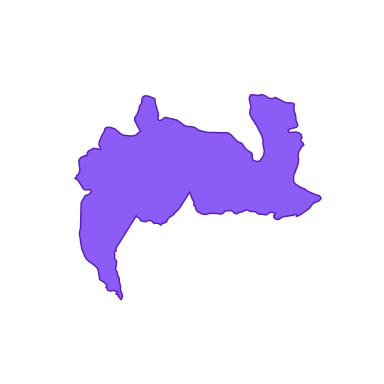 outline of Ucayali, rotated 122°
{"feature_id": "PER-583", "entity_name": "Ucayali", "entity_type": "Department", "adm_level": 1, "iso_a3": "PER", "parent_name": "Peru", "parent_adm1": "", "projection": "natural_earth1", "projection_center": [-73.422, -9.375], "detail": "fine", "context": "isolated", "style": "filled", "palette": "violet", "viewbox_px": 384, "rotation_deg": 122, "n_neighbors": 0, "source": "natural_earth", "source_scale": "10m", "svg_char_len": 6059}
<svg xmlns="http://www.w3.org/2000/svg" viewBox="0 0 384 384"><g transform="rotate(122 192 192)"><path d="M157.3,90.6L155.7,91.4L156.1,92.4L158.0,93.7L164.2,101.1L165.5,102.2L167.0,102.9L168.7,103.5L170.1,104.9L170.6,107.0L170.1,109.1L168.5,110.2L167.0,109.6L166.2,109.6L166.2,110.6L166.7,113.2L167.0,114.0L168.4,115.2L170.4,116.1L172.2,117.2L173.0,119.0L173.3,120.2L174.9,122.7L175.4,124.0L175.4,125.0L175.2,127.1L175.3,128.1L175.9,129.4L177.3,131.5L177.7,132.9L177.9,135.2L178.3,136.2L178.9,136.9L182.7,139.3L183.2,139.8L184.0,141.0L184.4,141.5L184.9,141.7L185.9,141.8L186.3,142.0L187.0,142.8L187.3,143.8L187.4,144.9L186.9,147.4L186.9,148.4L187.2,149.3L189.3,152.3L190.1,153.3L191.1,153.9L193.8,154.6L194.7,155.1L195.6,156.1L196.1,157.1L196.9,159.4L200.6,165.6L201.3,166.2L203.0,167.6L203.6,168.3L204.9,170.6L205.2,171.5L205.7,176.1L205.5,177.7L205.1,178.8L204.6,179.5L202.5,181.4L202.5,183.0L202.2,183.6L201.5,184.0L200.1,184.4L199.5,184.8L199.0,185.7L198.2,187.4L197.1,189.1L194.7,192.0L193.6,193.9L212.6,194.0L218.4,195.3L219.0,195.8L219.3,195.9L220.0,195.5L221.0,195.7L222.9,196.4L224.8,197.5L225.7,197.8L227.8,198.1L230.7,197.9L231.7,198.1L232.6,198.7L233.9,200.0L234.7,200.7L236.2,200.6L236.5,201.1L236.5,203.2L236.6,204.4L237.1,205.3L238.4,207.1L238.7,208.0L238.5,209.1L237.9,211.2L238.5,213.2L241.8,215.6L242.8,217.8L243.3,219.6L243.4,220.1L243.3,220.8L242.6,221.8L242.3,222.4L242.3,225.5L241.7,226.6L279.7,226.7L280.6,226.4L281.0,226.0L281.5,225.3L282.2,225.2L282.7,225.4L283.4,226.0L284.0,225.9L285.0,225.4L286.6,223.9L288.9,223.0L289.5,221.9L290.0,220.7L290.6,219.5L291.4,218.8L294.5,217.2L297.5,216.3L298.3,215.5L298.7,214.9L299.3,213.5L299.7,212.8L302.0,210.9L303.3,208.7L304.1,207.7L306.5,206.2L307.4,205.3L309.2,203.2L310.2,202.4L313.3,200.4L314.2,199.4L315.8,197.0L316.8,196.0L317.7,195.5L318.7,195.3L320.7,195.1L320.7,195.8L320.2,196.9L320.0,197.8L319.8,198.5L318.9,198.9L319.2,199.7L318.6,199.9L318.2,200.4L318.2,201.1L318.8,202.4L318.3,202.6L317.5,202.3L316.0,202.5L316.4,203.5L316.8,205.3L317.1,206.3L317.6,207.1L319.0,208.4L319.5,209.2L319.8,210.3L319.8,211.3L319.4,212.3L318.7,213.5L318.5,214.2L318.3,214.5L318.1,214.5L317.6,214.2L317.3,214.2L316.4,214.9L316.0,215.4L315.7,216.0L315.3,218.2L315.2,223.9L309.0,229.2L307.5,230.8L306.8,231.9L305.9,235.6L305.4,243.2L305.0,245.0L304.4,246.8L302.9,249.4L298.4,255.6L297.2,256.6L296.4,257.2L293.5,260.0L291.1,261.7L288.4,264.3L286.5,265.6L285.6,266.1L281.5,267.5L260.6,279.9L259.0,280.4L252.4,280.7L251.3,280.4L250.9,280.1L248.9,278.4L248.1,278.0L247.1,277.7L245.4,277.6L244.5,278.0L244.1,278.5L244.1,279.7L246.6,283.4L247.0,284.3L247.0,285.0L246.8,285.9L243.4,293.0L242.8,294.4L242.5,295.5L242.4,297.2L242.4,298.5L241.6,298.1L240.5,298.0L239.3,298.4L238.8,298.5L237.4,297.5L237.0,297.4L236.6,297.6L233.3,298.6L231.6,299.5L228.5,302.3L227.4,302.9L225.8,304.3L225.3,304.6L223.7,304.8L221.6,304.4L221.0,304.1L220.5,303.8L219.4,302.9L219.0,302.6L218.5,302.6L218.1,302.4L217.4,300.8L217.0,300.5L216.1,300.6L214.7,301.5L214.2,301.6L213.6,301.5L212.1,301.6L211.5,301.3L210.4,300.2L209.9,300.0L208.0,299.3L206.8,298.2L206.6,297.7L206.5,296.6L205.4,294.9L204.9,293.1L204.6,292.6L204.2,292.2L203.6,292.4L203.3,292.8L201.6,295.5L201.2,295.9L200.8,296.2L199.3,296.9L197.5,297.5L191.4,298.4L188.0,298.4L186.7,298.6L184.6,299.4L183.2,299.0L182.3,298.3L181.2,296.9L180.5,295.3L179.6,292.0L179.4,290.8L180.4,283.5L180.4,281.5L180.4,281.1L178.8,277.2L177.1,273.9L175.3,271.3L174.6,270.6L173.4,269.7L170.7,269.0L169.7,268.6L168.7,268.0L168.0,267.9L167.4,268.5L165.5,272.2L162.0,278.0L160.7,279.2L160.0,279.6L159.3,279.9L157.9,279.9L155.8,279.6L155.1,279.7L152.9,280.2L151.4,280.3L148.9,281.1L148.0,281.7L147.3,281.9L146.3,282.0L143.6,281.8L142.7,282.0L140.4,283.4L138.5,284.0L137.1,283.9L136.2,283.5L135.5,283.0L134.2,280.8L134.0,280.1L133.5,278.1L132.6,272.9L134.6,271.6L137.1,269.2L139.8,266.0L140.9,265.0L142.8,262.6L143.6,261.9L145.7,260.6L147.8,259.8L148.4,259.5L148.7,258.9L148.7,258.2L148.0,256.9L147.5,256.4L146.8,255.9L143.4,254.5L142.9,254.1L142.5,253.6L141.9,251.0L141.0,248.7L140.6,247.9L139.2,243.6L139.0,241.9L139.6,233.9L139.5,232.5L138.9,231.0L136.6,226.3L135.9,223.8L135.9,221.8L136.1,219.7L135.8,217.9L133.9,212.2L132.9,209.6L132.3,208.6L131.2,207.1L125.0,196.6L124.2,195.5L123.4,194.2L122.7,192.1L122.6,191.4L122.6,190.4L123.1,188.0L124.4,183.4L124.9,180.9L125.0,178.9L124.4,176.5L124.5,175.2L124.9,174.1L125.6,172.6L126.9,169.5L127.2,167.7L127.4,162.3L127.6,161.7L127.8,161.2L128.1,160.8L131.2,158.9L132.1,158.1L132.3,157.6L132.5,156.9L132.4,155.8L132.2,154.6L131.6,153.0L131.4,152.5L130.7,151.8L129.9,151.2L129.4,151.0L124.5,150.5L123.4,150.6L122.0,151.1L118.6,152.6L117.9,153.2L113.8,157.2L110.9,158.9L109.8,159.8L107.5,162.5L105.9,164.8L103.0,169.8L101.9,171.4L101.2,172.8L100.6,174.5L99.3,176.7L98.9,177.8L98.1,179.9L97.8,180.4L96.4,182.2L95.4,184.0L94.7,184.6L93.7,185.2L91.6,186.2L90.5,186.5L89.2,186.7L88.7,187.0L83.1,192.5L81.4,193.4L80.3,193.7L78.7,193.7L78.1,193.1L77.5,192.4L75.3,187.3L74.3,186.2L72.7,184.9L72.4,184.2L72.1,183.2L71.7,181.4L71.6,180.4L71.8,178.3L71.6,176.4L70.5,173.8L70.0,173.1L69.5,172.6L68.0,171.8L67.6,171.2L66.8,161.2L66.6,160.3L66.3,159.2L64.2,155.7L63.5,154.1L63.3,151.9L68.0,149.3L70.0,147.5L71.4,145.6L72.9,144.2L76.1,141.7L77.0,140.7L78.2,138.9L78.9,138.0L79.7,137.6L80.7,137.5L81.5,137.7L82.2,138.1L86.2,142.0L87.0,142.5L88.0,142.9L89.0,142.9L89.6,142.4L89.8,141.6L89.6,140.8L89.3,140.1L86.8,136.7L86.0,135.4L85.7,134.6L85.2,132.5L85.2,131.4L85.3,130.4L85.8,129.4L86.5,128.7L87.3,127.9L88.6,127.6L90.3,127.5L90.7,127.1L91.1,126.4L91.7,123.9L92.2,122.9L92.8,122.2L93.3,122.1L94.6,122.9L100.6,122.9L102.8,122.3L105.0,121.2L107.7,119.0L109.3,118.1L113.1,116.6L123.9,114.5L125.1,114.0L128.1,112.2L128.9,111.5L129.6,110.8L130.0,110.0L130.3,109.2L130.4,108.3L130.6,103.4L129.8,98.5L130.0,95.0L129.9,93.1L128.8,85.7L127.8,82.5L127.8,81.5L128.2,80.3L128.7,79.6L129.4,79.2L130.1,79.2L132.0,79.5L136.5,82.7L138.7,83.5L142.0,83.6L143.2,83.8L145.6,84.5L153.3,87.8L155.5,89.0L156.1,89.4L157.3,90.6Z" fill="#8b5cf6" stroke="#5b21b6" stroke-width="1.5"/></g></svg>